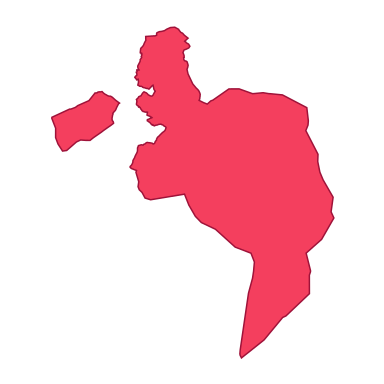 Oyo West, Oyo, Nigeria, rotated 182°
{"feature_id": "59680162B62394297156991", "entity_name": "Oyo West", "entity_type": "district", "adm_level": 2, "iso_a3": "NGA", "parent_name": "Nigeria", "parent_adm1": "Oyo", "projection": "orthographic", "projection_center": [3.921, 7.958], "detail": "fine", "context": "isolated", "style": "filled", "palette": "rose", "viewbox_px": 384, "rotation_deg": 182, "n_neighbors": 0, "source": "geoboundaries", "source_scale": "gbopen_adm2", "svg_char_len": 5950}
<svg xmlns="http://www.w3.org/2000/svg" viewBox="0 0 384 384"><g transform="rotate(182 192 192)"><path d="M80.2,280.3L105.0,292.2L117.8,293.0L118.1,292.9L124.4,293.7L133.7,292.5L135.0,292.4L148.5,296.7L158.7,296.3L174.4,284.5L176.4,283.7L179.8,280.4L183.5,281.7L188.1,283.8L187.5,285.4L187.5,286.6L187.3,287.4L187.3,288.4L187.2,289.9L187.7,291.3L188.7,293.3L189.8,294.6L191.4,296.0L195.0,300.0L200.1,309.9L201.3,314.5L201.0,315.0L200.9,315.7L200.6,316.5L200.5,317.3L200.3,318.3L200.6,319.6L200.9,320.3L201.0,320.7L201.5,322.0L202.4,322.6L203.2,322.7L203.6,322.9L203.9,322.9L204.1,323.1L204.4,323.6L204.8,323.9L204.9,324.3L204.9,325.4L205.0,326.1L204.5,326.3L204.6,327.2L204.7,328.2L205.5,330.2L205.9,330.9L205.4,332.3L205.2,333.1L204.9,333.6L204.5,333.9L203.5,334.2L203.2,334.3L200.3,335.8L199.2,337.5L199.5,338.1L200.6,339.7L201.1,340.0L202.5,340.7L203.1,341.1L203.4,341.7L204.0,341.9L204.6,342.4L204.1,342.9L203.1,343.8L201.3,345.6L205.1,348.4L207.0,350.4L208.7,351.1L210.7,353.4L211.0,354.1L215.0,356.1L219.3,355.6L223.0,353.8L225.1,352.3L227.8,351.5L230.3,351.1L231.9,350.3L232.6,349.9L232.8,349.6L232.9,349.0L232.8,347.4L234.6,346.6L234.8,346.6L235.0,346.7L235.6,346.7L236.8,346.5L237.5,346.5L238.9,346.3L240.2,346.2L241.9,346.0L242.3,346.0L243.7,345.8L243.6,344.8L243.6,343.5L243.4,342.1L244.2,340.5L244.9,339.0L245.5,337.2L246.4,335.8L247.7,334.3L248.0,334.1L248.3,333.5L248.6,329.7L248.5,329.2L247.5,329.0L247.4,329.0L247.5,328.3L246.9,328.2L247.0,327.0L247.0,326.6L247.2,326.3L247.5,325.4L247.1,325.1L247.0,324.8L247.1,324.5L247.3,324.1L248.4,322.5L248.4,322.1L248.3,321.0L248.4,320.8L249.3,318.8L249.7,318.0L249.8,317.7L250.4,316.6L250.6,315.8L250.6,315.3L250.5,314.7L249.9,312.8L249.8,312.5L249.4,312.4L249.2,312.1L249.5,312.0L250.8,312.1L251.3,312.0L251.5,312.0L251.5,311.8L251.2,311.5L251.1,311.0L251.3,310.1L251.9,309.8L251.9,309.7L251.2,308.1L251.2,307.6L251.3,306.8L251.3,306.6L251.8,306.3L252.3,305.9L252.8,305.3L252.9,305.2L252.8,304.9L253.1,304.4L252.2,303.6L251.1,302.1L249.8,302.9L249.7,302.7L249.6,302.2L249.5,301.4L249.3,300.1L249.5,298.7L249.8,297.5L249.8,296.9L249.6,296.9L249.1,296.6L248.1,295.9L247.4,295.8L246.5,295.9L245.4,295.5L245.0,295.0L243.9,294.6L242.9,294.5L241.4,294.0L240.9,293.9L240.2,294.0L239.4,293.6L238.6,293.3L235.5,296.8L234.7,297.4L234.5,296.9L233.9,294.3L233.7,293.5L233.4,292.9L232.5,291.8L232.3,291.4L232.3,291.2L232.6,291.1L234.3,287.6L234.5,287.2L235.5,286.4L237.0,286.6L238.8,287.5L239.1,287.6L240.0,288.6L241.1,289.5L242.2,289.9L242.8,290.1L243.0,290.3L243.5,290.4L243.8,290.2L244.9,289.0L245.9,287.2L246.4,286.3L246.8,286.2L248.5,285.4L249.5,283.7L250.5,282.9L250.8,282.4L250.6,282.2L250.4,281.9L250.4,280.9L250.2,280.5L250.2,280.1L250.4,279.8L250.4,279.4L250.6,278.1L250.5,277.4L250.4,277.3L249.9,276.8L249.6,276.5L249.1,276.3L248.5,275.9L248.5,275.3L248.3,275.0L248.1,275.1L248.0,275.3L247.7,275.3L247.7,275.1L247.3,274.8L246.7,274.6L246.6,274.0L246.2,273.6L246.1,273.3L245.9,273.0L245.8,272.8L245.6,272.7L245.2,272.3L245.0,271.8L244.8,271.5L244.2,271.2L243.7,270.7L243.1,270.7L241.6,270.2L241.1,270.2L240.7,270.3L240.3,270.2L240.1,270.2L239.3,270.2L239.3,269.9L239.3,269.7L239.6,268.3L239.6,267.6L239.6,267.2L238.1,266.6L237.7,266.6L237.2,266.3L236.8,266.3L235.9,265.6L235.0,265.3L234.7,265.0L234.6,264.9L235.6,264.4L236.5,264.1L237.7,263.3L239.1,262.8L239.2,261.7L238.9,261.6L238.5,261.2L237.3,260.4L237.0,260.3L236.7,260.1L236.2,259.6L235.2,258.4L234.5,258.0L234.3,257.6L234.1,257.5L233.9,257.8L233.7,257.9L233.6,257.6L233.3,257.6L233.2,257.4L232.9,257.4L232.4,256.9L232.0,256.8L231.8,256.8L231.4,257.2L231.0,257.2L230.5,257.5L229.8,257.6L229.6,257.6L229.2,257.7L228.7,257.9L228.3,258.1L227.7,258.4L226.2,258.6L225.7,258.7L225.4,258.7L224.7,258.4L224.5,258.2L224.1,258.2L223.5,258.0L222.3,257.0L221.3,256.5L220.7,256.2L220.3,255.7L220.2,255.4L220.7,253.6L221.2,252.5L222.5,251.2L223.8,250.3L224.1,249.9L224.3,249.5L225.4,248.6L226.2,247.6L227.7,246.0L228.2,245.7L228.7,244.9L228.9,244.3L229.2,243.8L229.3,243.3L229.3,242.6L229.9,241.9L230.4,241.3L230.7,240.6L230.8,240.0L231.2,239.3L231.5,239.0L232.5,238.6L233.1,239.2L233.6,239.4L236.5,239.8L237.3,239.8L238.5,240.0L239.0,239.8L239.7,239.4L240.6,238.5L241.1,238.2L241.6,238.1L242.0,237.9L242.6,237.1L243.2,237.2L243.7,237.4L244.3,237.4L245.1,237.2L245.6,236.9L246.5,236.8L247.2,236.4L247.4,235.6L247.5,235.4L248.0,234.1L247.9,231.8L248.1,230.1L248.4,229.6L248.5,229.1L249.2,227.8L250.1,225.8L250.7,224.0L251.4,222.8L252.1,221.4L252.2,219.5L252.8,217.9L253.5,216.6L254.7,215.4L254.7,214.5L253.7,213.6L253.0,213.2L251.4,212.7L250.5,212.3L248.2,211.6L248.7,209.7L245.6,200.4L246.1,195.4L244.8,192.4L241.9,189.8L238.7,184.3L233.1,182.8L199.4,189.6L194.6,178.6L194.3,178.2L187.8,167.8L181.6,161.8L167.3,155.6L146.9,138.4L130.9,132.9L127.2,124.2L127.7,114.9L128.5,107.9L132.0,92.9L138.3,36.0L138.5,31.9L138.2,30.5L136.8,27.9L114.8,46.7L97.0,69.8L93.8,71.4L71.1,94.5L71.8,113.0L70.8,116.4L70.8,117.5L75.8,134.9L60.8,149.2L49.4,170.8L49.3,171.0L52.3,177.0L50.8,191.7L61.4,208.7L64.9,216.3L67.4,226.8L67.4,234.1L80.4,257.3L78.4,262.9L78.2,267.1L80.2,280.3ZM267.5,278.3L271.6,281.1L274.9,283.9L276.7,284.9L278.4,284.9L279.8,285.4L281.0,286.1L282.5,286.8L283.8,287.7L284.2,288.1L284.3,288.2L284.8,288.6L285.3,289.2L286.2,289.1L286.8,288.9L287.4,288.8L288.3,288.9L288.8,288.7L289.5,288.6L290.1,288.0L290.5,287.7L291.3,287.7L291.7,287.5L292.1,287.5L292.3,287.4L292.4,287.5L298.2,279.7L309.1,274.4L311.5,272.5L316.0,270.6L317.2,270.6L334.6,261.8L334.7,260.8L330.5,251.0L330.2,241.6L327.6,235.3L322.8,228.4L318.7,229.1L309.2,238.0L305.1,240.1L300.2,239.9L295.7,240.0L294.1,241.4L292.2,243.0L284.7,248.6L282.4,250.5L277.4,254.3L276.0,255.3L272.8,257.9L272.9,258.7L273.3,259.7L273.9,260.4L274.3,261.1L274.5,263.1L274.2,264.5L274.2,265.5L273.8,266.5L273.7,267.4L273.9,267.9L273.4,268.4L272.5,269.8L271.7,270.5L271.0,271.7L270.3,273.7L268.9,276.7L268.4,277.7L268.0,278.0L267.7,278.1L267.5,278.3Z" fill="#f43f5e" stroke="#9f1239" stroke-width="1.5"/></g></svg>